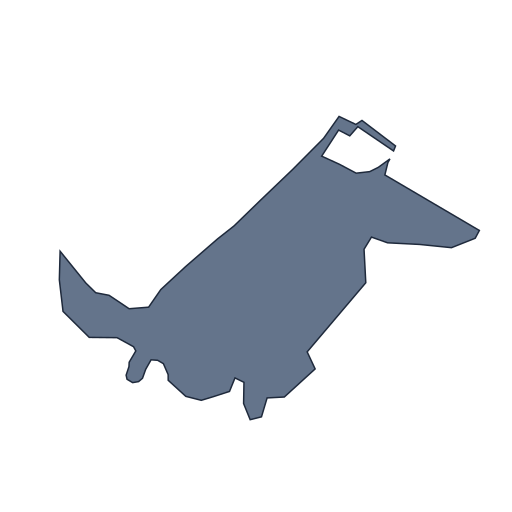 Gulistan, Sirdaryo, Uzbekistan (orthographic projection), rotated 136°
{"feature_id": "79887680B43594264952232", "entity_name": "Gulistan", "entity_type": "district", "adm_level": 2, "iso_a3": "UZB", "parent_name": "Uzbekistan", "parent_adm1": "Sirdaryo", "projection": "orthographic", "projection_center": [68.94, 40.477], "detail": "fine", "context": "isolated", "style": "filled", "palette": "slate", "viewbox_px": 512, "rotation_deg": 136, "n_neighbors": 0, "source": "geoboundaries", "source_scale": "gbopen_adm2", "svg_char_len": 1012}
<svg xmlns="http://www.w3.org/2000/svg" viewBox="0 0 512 512"><g transform="rotate(136 256 256)"><path d="M92.2,232.8L106.4,234.8L115.6,237.7L126.4,246.0L132.3,264.1L139.4,282.2L109.1,289.2L105.1,277.3L92.9,278.3L84.1,236.0L79.2,238.2L85.6,279.9L92.8,281.3L99.3,298.7L125.6,293.7L169.5,292.8L213.3,293.0L250.9,292.9L271.7,295.0L314.4,297.3L347.7,298.0L368.8,293.8L383.9,306.2L389.0,329.8L396.8,340.9L397.2,354.7L393.6,395.5L414.0,375.5L433.3,350.2L432.5,313.3L412.7,293.8L407.1,275.8L408.4,271.2L421.0,267.7L424.2,264.7L432.2,260.5L434.4,256.9L432.7,250.6L427.7,247.2L422.6,246.9L414.1,251.1L412.1,251.7L403.6,254.2L399.2,249.3L397.4,242.9L401.6,231.7L405.5,227.6L404.0,203.8L395.6,190.2L384.3,184.4L369.1,177.0L355.8,182.9L352.4,173.5L367.4,158.5L373.9,142.3L363.8,136.5L346.6,146.2L333.6,134.9L291.9,133.7L285.8,151.5L195.6,160.5L173.6,185.8L159.8,189.4L152.2,174.1L130.3,150.7L109.6,126.2L86.0,116.5L77.6,119.2L107.0,224.8L96.2,231.6L92.2,232.8Z" fill="#64748b" stroke="#1e293b" stroke-width="1.5"/></g></svg>